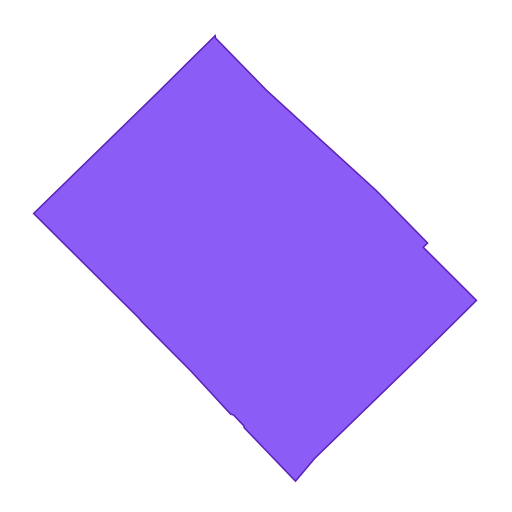 outline of Cross, Arkansas, United States of America, rotated 45°
{"feature_id": "52423323B80774695679496", "entity_name": "Cross", "entity_type": "district", "adm_level": 2, "iso_a3": "USA", "parent_name": "United States of America", "parent_adm1": "Arkansas", "projection": "natural_earth1", "projection_center": [-90.753, 35.297], "detail": "fine", "context": "isolated", "style": "filled", "palette": "violet", "viewbox_px": 512, "rotation_deg": 45, "n_neighbors": 0, "source": "geoboundaries", "source_scale": "gbopen_adm2", "svg_char_len": 440}
<svg xmlns="http://www.w3.org/2000/svg" viewBox="0 0 512 512"><g transform="rotate(45 256 256)"><path d="M70.9,206.5L68.7,383.2L216.8,382.7L221.7,383.2L291.5,383.4L349.9,385.8L352.5,384.3L367.8,384.7L368.9,385.8L443.1,387.3L443.1,386.6L440.6,357.0L442.9,206.8L443.3,131.5L368.1,131.6L368.2,125.5L295.2,124.7L220.6,128.1L146.1,131.4L73.3,130.5L71.3,129.0L71.0,168.8L70.9,206.5Z" fill="#8b5cf6" stroke="#5b21b6" stroke-width="1.5"/></g></svg>